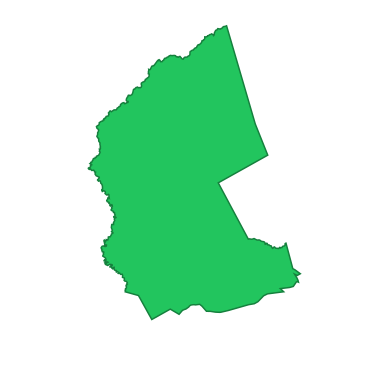 outline of Lavalle, Mendoza, Argentina, rotated 241°
{"feature_id": "61730980B15586340414503", "entity_name": "Lavalle", "entity_type": "district", "adm_level": 2, "iso_a3": "ARG", "parent_name": "Argentina", "parent_adm1": "Mendoza", "projection": "natural_earth1", "projection_center": [-67.695, -32.596], "detail": "fine", "context": "isolated", "style": "filled", "palette": "green", "viewbox_px": 384, "rotation_deg": 241, "n_neighbors": 0, "source": "geoboundaries", "source_scale": "gbopen_adm2", "svg_char_len": 6017}
<svg xmlns="http://www.w3.org/2000/svg" viewBox="0 0 384 384"><g transform="rotate(241 192 192)"><path d="M220.8,280.3L320.6,302.8L320.8,301.2L321.3,300.1L321.2,298.5L320.6,297.4L320.9,296.5L320.7,295.8L322.4,293.8L321.7,292.4L321.9,291.2L321.6,290.6L320.2,288.6L319.0,287.9L318.7,287.2L318.3,287.0L318.3,286.6L319.5,286.7L320.8,285.8L320.7,284.9L321.0,284.0L320.8,282.3L321.1,281.4L320.6,280.9L320.7,280.4L320.9,279.3L321.5,278.4L320.1,277.6L319.4,276.6L319.5,275.8L319.1,275.3L319.4,274.0L318.5,273.3L317.7,271.8L317.3,269.7L317.7,269.2L317.7,268.3L317.0,267.0L316.2,266.0L316.4,263.8L315.5,262.1L315.9,261.0L315.7,259.4L315.8,258.8L315.5,258.2L313.3,256.9L312.6,255.9L312.7,254.3L312.4,253.4L312.9,251.8L313.3,251.5L313.4,250.6L313.2,250.0L312.5,248.9L312.7,248.3L313.3,247.9L316.4,247.2L316.7,246.4L316.4,245.5L316.7,245.0L317.3,244.8L317.9,243.8L319.1,243.7L319.8,243.1L320.7,241.4L320.8,240.8L321.9,239.5L322.1,237.8L321.8,237.4L321.7,236.5L322.0,235.7L321.6,234.7L321.9,233.9L321.8,233.1L322.1,232.9L321.6,231.7L321.0,231.1L321.0,229.8L320.5,229.0L321.2,227.7L322.7,227.8L323.7,227.4L323.7,226.5L323.2,226.3L323.6,225.6L321.0,220.0L321.4,219.3L321.1,218.7L321.5,217.8L319.4,214.9L319.8,213.9L320.2,213.6L319.4,213.3L318.7,212.4L317.7,212.0L317.2,211.4L316.5,211.1L315.8,211.8L313.9,210.4L313.5,209.6L313.3,207.7L313.0,207.4L313.1,205.8L312.0,204.9L312.0,204.1L311.7,203.4L312.0,202.3L311.8,200.5L311.0,199.9L309.2,199.4L308.3,198.3L308.3,197.2L309.0,196.4L309.0,195.9L309.4,195.4L310.1,195.3L310.3,195.0L310.2,194.2L310.5,193.8L310.1,192.2L309.7,191.7L310.1,190.8L309.9,190.4L307.6,188.4L306.3,186.7L306.3,184.6L307.3,183.8L307.4,183.0L306.4,182.0L306.3,181.4L305.3,179.9L304.2,179.0L303.4,178.9L302.5,179.4L302.1,180.0L301.4,179.4L301.8,177.8L301.6,177.3L301.8,176.1L301.9,175.9L303.2,175.8L303.6,174.2L303.2,171.9L302.3,171.4L301.9,170.8L302.1,169.6L301.7,169.1L301.6,167.1L301.1,166.7L300.6,165.5L301.6,163.6L301.3,160.4L302.5,159.9L302.6,159.4L302.4,158.8L301.9,158.4L301.7,157.3L300.7,157.0L300.3,157.2L299.8,156.3L299.1,155.8L299.7,153.5L298.8,152.5L298.9,151.9L298.6,151.5L298.8,150.6L298.5,150.1L297.8,150.0L298.0,149.2L297.3,148.2L297.8,147.1L297.6,144.5L296.2,143.6L295.8,142.9L295.8,141.2L295.5,140.1L293.7,139.8L292.0,140.5L291.4,140.4L289.9,138.9L289.6,138.2L288.1,137.4L286.8,135.8L285.0,135.8L284.2,136.3L281.7,135.1L279.5,135.3L278.4,134.6L276.1,133.9L275.8,133.4L274.8,133.3L274.0,132.4L274.4,131.8L273.0,131.3L272.5,130.7L271.4,131.0L269.8,128.9L269.4,128.0L269.6,125.9L269.0,125.5L268.8,125.0L269.2,124.1L268.4,123.3L269.0,122.2L268.8,121.6L267.8,120.6L267.5,119.8L266.7,118.8L267.0,117.9L266.5,117.4L266.3,116.5L264.8,117.5L264.4,117.5L264.5,116.1L263.6,115.9L263.2,114.9L262.3,114.4L262.6,113.8L263.2,113.6L263.1,112.9L262.7,112.7L261.7,113.0L261.1,113.8L260.9,114.5L259.4,114.8L258.7,116.6L258.3,116.7L257.7,116.8L256.9,116.5L256.1,117.3L255.5,116.5L254.5,115.9L252.6,116.1L250.0,118.0L249.4,117.8L249.1,117.0L248.7,116.8L248.6,115.5L248.3,115.2L246.8,115.5L246.6,116.5L246.0,117.1L243.9,116.5L242.7,116.9L240.8,116.6L238.5,115.5L238.0,115.0L237.8,114.2L237.3,113.9L235.9,113.8L235.8,114.3L236.3,114.9L236.1,115.4L234.7,116.2L234.0,116.3L233.2,115.7L233.1,115.3L232.8,115.2L231.0,115.8L230.5,116.2L230.6,117.6L230.1,118.0L227.1,116.8L227.9,116.6L227.9,116.2L227.1,115.9L227.0,115.6L227.3,115.2L226.5,114.7L226.1,113.4L225.7,113.2L224.6,113.2L223.0,114.4L222.3,113.8L221.4,114.3L220.2,114.1L219.9,113.6L219.2,114.0L219.5,114.8L219.9,114.9L219.8,115.7L219.0,115.7L218.2,115.5L217.4,114.2L216.4,114.0L215.9,112.8L215.1,112.5L213.1,113.9L212.2,113.4L211.5,114.2L210.1,113.6L209.2,113.7L208.5,112.9L208.4,111.6L207.8,111.4L207.1,112.2L207.0,113.1L206.6,113.2L206.4,112.9L206.7,111.5L205.7,110.8L204.5,110.6L203.4,108.6L201.6,107.6L202.5,106.3L202.4,106.0L200.0,104.2L197.3,103.8L196.7,103.3L196.4,102.4L195.3,102.6L194.9,103.1L194.3,102.7L194.3,101.2L193.4,100.4L192.5,98.5L193.0,97.8L193.2,97.0L191.7,96.0L190.9,95.1L191.9,94.0L191.0,93.6L191.1,93.1L191.8,92.3L192.4,92.2L192.4,91.6L191.3,91.1L190.6,91.9L190.3,91.8L190.1,90.8L188.2,90.2L187.1,91.5L186.2,90.8L186.2,90.4L187.2,90.2L187.6,89.7L187.5,89.3L186.9,89.1L187.8,88.2L188.1,87.1L187.4,85.6L186.2,85.2L185.7,85.5L184.5,84.8L183.1,84.6L182.5,85.6L182.2,85.7L181.1,84.6L180.4,84.5L179.9,83.5L179.2,82.9L176.4,84.3L174.8,84.1L174.0,83.6L175.1,82.8L174.8,82.1L174.4,82.4L174.2,82.0L172.9,82.8L172.5,82.4L171.7,84.4L171.3,84.5L171.5,82.5L170.3,81.8L171.4,81.3L170.6,81.2L168.6,82.7L168.7,84.9L167.4,86.7L167.0,86.9L166.5,86.7L166.4,86.2L166.8,85.2L166.7,84.3L166.3,83.9L165.1,85.3L164.2,85.0L163.1,85.5L163.2,86.1L163.8,86.3L164.0,87.0L163.8,87.4L163.0,86.8L161.4,86.4L160.3,87.1L160.0,87.7L158.8,87.0L158.6,87.1L158.6,88.2L158.3,88.5L156.9,88.4L156.6,88.0L156.2,88.5L156.5,89.1L156.3,89.4L154.5,89.7L153.9,91.1L152.7,90.9L151.0,89.8L149.6,91.1L148.5,90.6L147.7,89.8L146.6,90.1L145.7,91.2L144.2,91.5L143.2,90.4L142.7,90.7L142.3,89.8L142.4,89.2L141.7,88.7L141.0,88.8L139.8,88.0L139.7,87.0L139.0,86.8L138.6,85.9L137.9,86.0L137.1,85.2L127.4,95.0L100.0,95.0L100.1,116.2L91.3,121.4L93.1,126.3L92.9,128.6L92.6,129.8L93.0,133.4L93.5,134.5L93.7,135.9L93.3,137.3L92.5,139.1L91.6,140.3L90.0,144.3L87.3,145.4L80.7,146.8L78.8,150.1L75.7,154.1L73.5,157.6L72.9,158.8L70.8,166.2L66.0,186.9L64.1,192.3L64.1,196.5L66.5,204.3L66.3,208.7L60.3,223.8L64.7,222.4L61.1,231.3L60.3,234.8L62.8,239.8L62.6,240.5L61.5,241.4L63.5,241.9L66.0,242.1L70.4,241.9L68.0,243.6L68.0,247.1L74.1,244.3L76.1,243.0L101.7,249.4L101.8,248.8L101.6,248.3L100.4,247.6L100.0,246.9L100.5,245.1L99.8,243.6L100.4,242.9L100.2,242.0L101.0,241.7L100.6,240.6L100.7,240.1L101.1,239.7L102.4,237.8L103.9,237.6L104.1,237.1L103.6,235.3L104.3,235.0L106.5,235.1L107.5,234.0L108.3,233.8L109.0,232.7L110.6,232.8L111.0,232.3L110.6,231.5L110.8,230.7L111.3,230.7L112.0,231.2L113.1,231.1L114.0,230.4L115.2,228.8L117.1,227.9L117.7,227.2L117.9,226.4L118.8,225.3L121.2,223.7L121.6,221.5L123.3,219.3L123.5,218.4L187.3,219.4L187.5,276.1L220.8,280.3Z" fill="#22c55e" stroke="#15803d" stroke-width="1.5"/></g></svg>